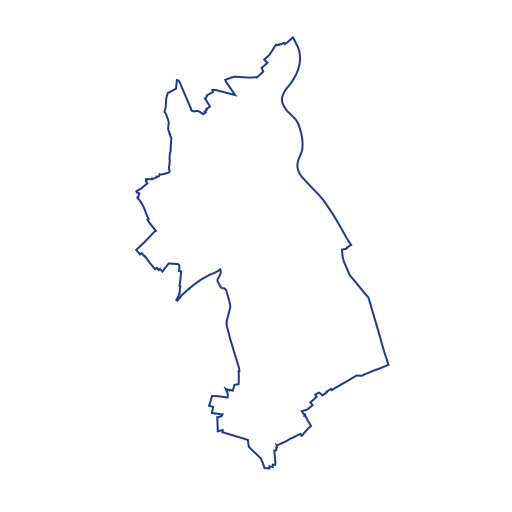 's-Hertogenbosch, Noord-Brabant, Netherlands (orthographic projection), rotated 83°
{"feature_id": "6326949B79471926410122", "entity_name": "'s-Hertogenbosch", "entity_type": "district", "adm_level": 2, "iso_a3": "NLD", "parent_name": "Netherlands", "parent_adm1": "Noord-Brabant", "projection": "orthographic", "projection_center": [5.356, 51.715], "detail": "fine", "context": "isolated", "style": "outline", "palette": "blue", "viewbox_px": 512, "rotation_deg": 83, "n_neighbors": 0, "source": "geoboundaries", "source_scale": "gbopen_adm2", "svg_char_len": 5881}
<svg xmlns="http://www.w3.org/2000/svg" viewBox="0 0 512 512"><g transform="rotate(83 256 256)"><path d="M43.5,192.7L48.0,199.2L49.2,201.5L47.9,202.3L49.2,206.8L48.7,206.9L49.4,209.3L48.9,209.8L48.6,210.4L58.0,218.1L62.1,223.9L65.6,221.1L70.1,227.5L73.9,226.3L79.0,233.5L78.6,233.8L78.5,234.5L78.2,240.7L75.4,255.3L76.0,258.8L75.8,258.9L76.3,260.1L77.4,265.1L79.3,264.6L93.7,257.1L86.6,275.1L86.3,276.2L85.8,279.0L86.5,279.1L88.0,278.7L90.5,285.1L92.0,285.7L92.4,286.0L92.6,286.1L93.6,287.5L94.6,286.8L102.1,283.5L103.0,285.1L103.8,287.3L104.6,286.9L105.0,287.0L106.3,289.2L106.5,289.4L107.2,288.5L108.8,291.0L108.7,291.4L107.8,292.2L106.3,294.0L105.0,296.1L104.9,296.4L104.9,300.4L103.9,301.8L104.0,301.9L103.9,302.0L103.0,302.6L102.2,302.5L101.0,302.7L100.3,303.1L78.0,309.5L75.6,310.1L73.2,311.0L72.8,311.2L72.3,311.7L71.7,313.1L80.2,315.0L83.6,323.8L86.7,325.2L88.4,325.7L89.6,326.1L97.0,327.4L101.8,329.3L103.2,328.5L104.4,328.0L108.1,327.1L111.9,326.4L113.1,326.4L118.5,327.6L119.5,327.7L122.7,327.1L124.5,326.5L124.7,326.8L125.4,326.4L126.1,326.5L128.2,325.8L129.1,325.7L131.5,326.2L141.6,328.1L141.9,328.0L143.1,328.8L149.3,330.1L149.8,329.9L150.5,329.9L154.2,330.7L155.6,331.0L156.9,331.5L157.8,331.7L158.7,331.7L161.0,331.4L161.6,331.5L162.4,332.4L162.7,332.9L162.8,333.8L163.0,335.0L163.4,337.8L163.6,340.2L163.5,341.0L163.1,341.6L165.1,342.7L165.2,344.7L165.1,345.1L165.8,345.1L166.3,346.7L166.6,347.2L166.5,349.7L167.2,349.7L166.9,351.8L166.4,354.2L166.3,354.4L166.5,355.0L166.4,355.5L167.0,355.3L167.1,355.8L167.4,355.8L167.7,356.0L167.8,356.2L168.4,356.1L168.8,355.6L169.5,355.5L170.6,355.0L174.1,360.3L175.0,361.8L175.8,363.5L176.3,364.6L177.3,366.9L178.5,366.4L179.4,364.4L179.8,364.2L181.4,364.9L182.4,365.5L182.9,365.9L183.6,366.7L184.8,366.0L184.7,365.8L185.6,365.3L188.4,363.7L190.3,362.8L193.3,361.7L196.4,360.8L203.0,359.2L206.1,358.1L206.6,359.3L210.3,357.6L218.8,352.3L219.1,353.0L219.7,354.1L228.9,365.3L231.9,369.3L235.3,374.2L240.3,370.9L239.1,369.1L242.9,366.6L242.7,366.2L246.6,364.1L250.7,361.8L256.8,357.7L255.7,355.9L258.2,354.3L257.1,352.8L260.1,350.8L256.9,347.8L252.8,343.5L254.5,334.4L254.7,334.2L255.2,333.8L255.5,333.5L256.8,333.4L258.8,333.6L259.8,333.8L261.6,334.3L262.1,332.1L273.4,334.7L274.4,335.0L276.0,335.5L276.1,335.0L276.5,334.9L277.1,335.1L277.2,334.9L283.8,336.5L284.1,336.5L284.0,336.9L286.3,337.8L287.7,338.7L289.0,339.7L289.8,340.5L290.8,339.6L287.9,336.4L287.3,335.9L285.5,334.0L284.3,332.1L280.2,326.5L280.5,326.0L280.3,325.7L279.7,325.5L277.5,322.0L275.2,318.0L272.9,313.7L271.2,309.8L269.4,305.1L268.7,303.5L268.4,301.9L267.9,300.0L266.4,295.8L266.2,295.3L265.3,294.0L264.9,293.1L265.8,292.9L266.9,292.9L267.7,293.0L268.9,293.3L269.5,293.5L270.4,294.0L274.2,296.8L275.0,297.1L275.9,297.2L276.9,297.0L282.5,294.9L283.1,294.4L283.6,293.6L283.8,293.3L284.1,292.1L284.4,291.3L285.3,290.3L286.3,289.8L296.5,288.1L302.5,287.6L303.1,287.6L303.8,287.8L316.8,292.9L318.3,293.3L320.7,293.5L322.6,293.4L331.1,292.2L331.6,292.3L333.0,292.1L365.2,286.5L366.5,286.4L368.4,286.6L368.3,287.3L374.0,287.8L379.0,288.5L381.0,288.9L381.3,293.1L381.6,293.1L386.8,295.5L385.6,298.2L386.3,298.6L384.0,302.4L388.1,301.1L389.3,300.9L390.2,300.8L392.4,301.3L392.7,301.3L392.7,301.6L392.9,301.7L392.6,303.4L391.8,305.9L391.5,306.9L390.4,311.8L389.5,316.6L389.8,316.7L394.8,318.9L399.0,320.9L400.5,316.9L406.5,318.9L407.5,315.4L407.3,315.3L409.2,308.5L409.8,308.9L410.6,309.7L410.8,310.1L411.1,312.3L411.2,312.1L411.5,314.1L414.1,314.3L425.3,315.3L424.7,310.3L425.3,310.3L427.0,310.8L427.1,310.4L427.3,309.6L437.5,286.5L444.2,286.4L444.4,286.4L446.8,284.6L457.9,275.5L458.6,275.3L459.9,275.3L462.8,274.3L467.6,273.4L467.7,272.6L468.1,270.1L468.5,268.7L466.4,268.3L467.4,265.1L465.1,264.6L465.6,262.4L463.0,261.9L451.3,261.6L451.2,259.6L448.9,259.3L448.8,258.6L446.5,258.7L446.9,258.4L446.6,258.2L445.2,254.0L443.4,248.2L441.7,244.7L441.4,243.9L441.1,242.2L440.8,241.5L438.9,236.3L438.0,233.9L438.0,233.7L438.3,233.3L440.0,232.8L440.1,232.6L437.6,229.7L437.4,229.8L432.9,224.4L432.8,224.0L432.0,223.0L431.5,222.1L425.7,224.6L423.5,225.4L420.8,226.6L420.7,226.6L420.6,226.8L420.5,227.0L420.5,227.3L420.4,227.3L420.4,226.7L420.1,226.7L420.1,227.5L419.9,227.4L419.8,227.1L418.9,227.5L418.8,227.2L418.3,228.0L417.9,228.4L415.5,229.4L414.9,225.3L415.0,225.3L414.6,223.9L414.2,223.0L411.0,218.0L407.9,219.8L405.7,216.5L403.2,213.0L401.1,214.1L400.9,214.1L399.2,210.3L401.0,208.1L402.5,206.9L399.8,202.3L399.3,202.5L397.1,197.8L398.0,197.3L398.0,197.2L398.3,197.1L397.2,194.8L393.8,186.8L393.7,186.8L393.6,186.6L392.6,183.8L387.8,172.7L387.1,171.1L386.9,170.5L387.0,170.1L387.7,166.2L387.7,165.2L387.6,164.8L386.7,162.7L386.1,160.3L383.4,150.7L383.7,150.6L381.2,141.5L380.1,137.8L379.6,138.0L376.5,138.5L376.5,138.4L368.9,140.0L357.3,142.0L356.6,142.2L356.3,142.0L339.0,144.8L333.7,145.7L313.4,149.0L311.2,149.4L310.1,149.9L307.8,151.7L295.7,159.3L295.1,159.6L294.7,159.9L286.7,165.2L286.0,165.5L280.0,167.1L274.2,168.9L271.4,169.6L267.7,170.1L260.8,169.9L260.0,169.6L260.0,167.9L259.9,167.2L260.0,166.2L259.9,165.7L259.6,165.2L259.2,164.6L258.4,164.5L258.3,163.8L256.6,160.2L252.9,162.2L248.7,164.1L238.2,168.3L225.6,173.8L218.0,177.5L211.0,181.1L206.8,183.6L202.6,186.4L194.2,192.8L183.7,200.4L181.6,201.7L179.5,202.7L177.4,203.4L175.3,203.8L173.2,204.0L171.1,203.9L169.0,203.4L166.9,202.8L164.8,201.7L160.6,199.3L158.5,198.2L156.4,197.3L154.3,196.7L152.2,196.4L150.1,196.1L145.9,195.9L141.7,196.0L139.6,196.2L135.5,196.8L131.3,197.6L129.2,198.2L127.1,199.1L125.0,200.2L122.9,201.8L116.6,206.8L114.5,208.2L112.4,209.3L110.3,210.2L108.2,210.9L106.1,211.3L104.0,211.2L101.9,210.7L99.8,209.9L97.7,208.6L95.6,207.1L93.5,205.2L89.3,200.9L87.2,198.9L85.1,197.2L80.9,194.2L76.7,191.8L72.5,190.0L70.4,189.3L68.3,188.7L66.2,188.3L64.1,188.0L59.9,188.0L57.8,188.1L55.7,188.5L53.6,189.0L49.4,190.5L43.5,192.7Z" fill="none" stroke="#1e3a8a" stroke-width="2"/></g></svg>